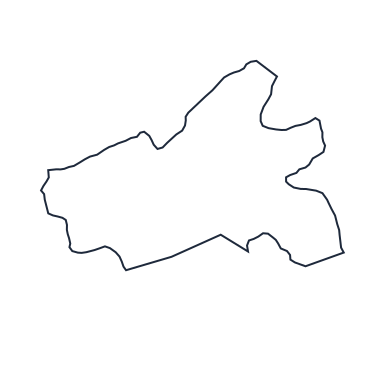 Barra D'Alcântara, Piauí, Brazil, rotated 72°
{"feature_id": "56859067B46292255679760", "entity_name": "Barra D'Alcântara", "entity_type": "district", "adm_level": 2, "iso_a3": "BRA", "parent_name": "Brazil", "parent_adm1": "Piauí", "projection": "robinson", "projection_center": [-42.113, -6.538], "detail": "fine", "context": "isolated", "style": "outline", "palette": "slate", "viewbox_px": 384, "rotation_deg": 72, "n_neighbors": 0, "source": "geoboundaries", "source_scale": "gbopen_adm2", "svg_char_len": 1810}
<svg xmlns="http://www.w3.org/2000/svg" viewBox="0 0 384 384"><g transform="rotate(72 192 192)"><path d="M203.6,82.9L203.8,76.5L202.1,72.1L197.4,66.8L196.0,60.0L194.5,54.6L189.0,51.1L184.5,51.6L180.2,51.1L175.5,49.5L171.6,49.7L163.5,48.7L159.8,51.8L161.4,57.9L161.9,61.7L161.8,67.8L161.1,73.2L161.4,78.3L162.0,83.3L160.7,87.7L158.5,92.7L154.9,99.5L150.9,104.3L145.8,104.8L139.5,102.7L133.1,97.6L127.4,90.7L123.5,86.6L116.0,83.2L111.8,79.0L108.4,75.5L87.2,90.2L86.3,95.9L87.4,100.9L90.4,104.3L91.5,109.8L91.3,115.2L91.7,119.9L93.0,126.1L95.7,130.9L101.5,141.0L105.3,149.7L115.4,171.0L118.5,174.8L122.0,175.8L126.6,178.1L130.6,182.4L132.4,189.1L135.9,196.8L137.6,200.5L140.6,206.2L140.4,211.5L135.2,213.8L130.0,214.4L125.4,215.3L119.9,218.9L119.6,222.9L122.5,227.3L121.8,233.3L122.8,239.3L122.9,247.3L123.6,251.7L123.6,256.8L124.8,262.5L127.2,270.7L126.8,278.0L127.8,283.8L129.2,289.5L130.7,296.2L130.2,301.3L130.5,306.2L129.9,310.0L128.5,314.0L126.8,322.0L133.9,323.7L137.0,327.1L140.4,331.5L143.9,335.1L148.3,333.3L153.8,334.4L167.9,335.3L171.3,331.5L173.8,327.3L176.5,323.2L179.6,320.7L184.7,321.1L189.3,322.7L193.7,323.2L197.9,323.2L203.4,323.7L206.6,325.6L211.2,324.1L214.4,319.3L215.8,315.8L216.6,311.1L217.1,302.6L217.0,297.3L216.8,291.6L220.0,287.4L225.7,283.2L231.0,280.9L236.5,280.3L241.8,280.2L246.0,278.9L247.3,231.5L241.5,177.9L265.9,157.1L259.9,156.2L255.7,152.8L255.7,147.8L254.9,142.7L253.2,137.2L255.1,132.6L260.1,129.2L263.4,127.1L267.5,126.0L273.1,125.0L277.5,119.9L282.2,118.2L286.7,119.3L290.8,115.9L297.7,107.0L296.5,66.4L291.0,67.4L278.5,64.9L273.6,63.8L267.5,63.8L258.6,63.2L251.6,64.5L244.5,65.5L241.1,65.9L233.4,68.3L229.1,73.5L224.4,82.6L222.7,87.6L219.2,93.8L214.5,97.6L211.2,99.3L207.1,98.0L206.2,93.4L206.1,86.8L203.6,82.9Z" fill="none" stroke="#1e293b" stroke-width="2"/></g></svg>